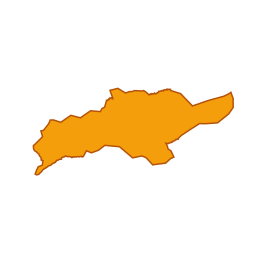 outline of Ixtamir, Arhangay, Mongolia, rotated 46°
{"feature_id": "93677404B6995675757319", "entity_name": "Ixtamir", "entity_type": "district", "adm_level": 2, "iso_a3": "MNG", "parent_name": "Mongolia", "parent_adm1": "Arhangay", "projection": "albers", "projection_center": [100.859, 47.539], "detail": "fine", "context": "isolated", "style": "filled", "palette": "amber", "viewbox_px": 256, "rotation_deg": 46, "n_neighbors": 0, "source": "geoboundaries", "source_scale": "gbopen_adm2", "svg_char_len": 4923}
<svg xmlns="http://www.w3.org/2000/svg" viewBox="0 0 256 256"><g transform="rotate(46 128 128)"><path d="M186.5,60.0L187.8,45.8L186.3,38.1L179.8,31.9L173.8,29.2L173.6,31.1L171.8,36.8L163.9,51.3L156.9,66.3L139.8,66.3L130.6,71.3L129.8,70.6L129.7,70.7L129.4,70.9L129.0,71.1L129.0,71.3L129.0,71.5L128.8,71.8L128.4,72.2L128.0,72.2L127.9,72.3L128.0,72.3L128.0,72.5L128.0,72.8L127.8,72.7L127.7,72.8L127.5,73.0L127.3,73.1L127.3,73.3L127.2,73.8L126.9,73.7L126.9,73.8L126.9,74.1L126.7,74.4L126.5,74.5L126.2,74.8L126.0,75.6L125.8,75.6L125.7,75.9L125.8,76.2L125.5,76.2L125.5,76.3L125.5,76.6L125.6,76.8L125.4,76.8L125.2,76.9L125.1,77.0L124.8,77.3L124.9,77.5L124.6,77.7L124.6,77.9L124.5,78.0L124.4,78.2L124.5,78.4L124.4,78.5L124.2,78.7L124.0,79.2L123.7,79.3L123.7,79.5L123.6,80.3L123.5,80.5L123.4,80.6L123.2,80.6L123.3,80.8L123.1,81.1L123.3,81.5L123.3,81.9L123.3,82.2L123.1,82.4L123.1,82.5L123.2,82.8L123.1,83.0L122.9,83.4L122.7,83.5L122.8,83.9L122.8,84.0L122.7,84.2L122.6,84.5L122.2,84.5L121.8,84.8L121.7,84.9L121.7,85.1L121.5,85.3L121.4,85.2L121.4,85.3L121.3,85.5L121.1,85.6L120.9,85.9L121.0,86.0L120.8,86.2L120.8,86.3L120.7,86.5L120.4,86.8L120.2,86.9L120.1,87.1L119.9,87.1L119.8,87.4L119.8,87.5L119.3,87.6L119.3,87.8L119.6,87.9L119.4,88.0L119.3,88.3L119.2,88.5L119.3,88.7L119.3,88.8L119.2,88.9L119.0,89.0L118.9,89.0L118.9,89.3L118.9,89.5L119.0,89.6L118.9,89.8L114.8,90.1L111.9,90.7L111.1,92.3L108.0,95.1L105.5,97.5L104.5,100.0L102.9,101.5L101.1,105.5L92.4,107.8L88.4,114.8L96.5,118.5L96.4,118.8L96.1,118.9L95.7,118.9L95.4,119.0L95.2,118.9L94.9,118.9L94.9,119.1L94.7,119.3L94.5,119.5L94.5,119.8L94.3,119.9L94.3,120.0L94.2,120.1L93.9,120.1L94.0,120.4L93.9,120.5L94.0,120.7L94.0,120.8L93.9,120.9L94.0,121.0L93.9,121.1L93.8,121.4L93.9,121.5L94.0,121.5L93.8,121.9L93.9,122.1L94.0,122.0L94.0,122.3L93.8,122.6L93.7,122.7L93.9,122.6L94.0,122.6L93.9,122.8L93.8,123.0L93.7,123.2L93.5,123.3L93.5,123.5L93.9,123.5L94.0,123.6L93.9,123.8L93.6,124.1L93.3,124.2L93.2,124.3L93.4,124.6L93.5,124.6L96.8,130.4L95.9,133.2L97.0,136.5L89.6,143.0L87.6,155.2L79.2,160.3L77.2,172.4L70.5,176.0L68.2,178.4L69.8,182.0L71.0,190.3L69.6,192.7L74.9,195.5L75.1,206.8L74.9,207.6L75.1,208.4L75.2,208.7L76.3,209.4L77.1,210.2L78.0,210.6L78.6,210.8L79.1,210.9L79.9,210.9L80.5,210.8L81.4,210.5L85.0,210.3L85.3,210.4L85.9,210.7L86.4,210.9L86.7,211.0L87.8,211.1L88.7,211.2L89.7,211.5L90.0,211.8L90.2,212.3L90.4,212.5L90.8,212.7L91.1,212.8L91.3,212.6L91.7,212.2L92.0,211.9L92.4,211.8L95.2,215.5L93.5,219.5L95.0,223.4L96.6,226.8L97.8,226.5L98.4,226.0L98.9,225.2L99.1,224.7L99.4,223.7L99.2,222.7L99.3,221.6L99.3,221.3L99.3,221.2L99.4,220.8L99.3,220.3L99.2,219.9L99.2,219.4L99.1,219.0L99.0,218.6L98.9,217.9L98.9,217.7L99.1,217.2L99.2,216.9L99.3,216.6L99.2,216.1L99.3,215.9L99.6,215.5L99.7,214.8L99.5,214.7L99.6,214.3L99.7,213.5L99.9,213.3L100.0,213.2L100.0,212.9L100.1,212.6L100.0,212.3L99.9,212.3L99.9,212.0L99.9,211.9L100.1,211.5L100.2,211.3L100.2,211.0L100.4,210.8L100.7,210.2L101.0,209.8L101.0,209.7L101.0,209.3L101.0,209.2L101.1,208.9L101.1,208.7L101.3,208.2L101.2,207.8L101.1,207.7L101.0,207.3L101.4,206.3L101.5,206.0L101.5,205.8L101.8,205.5L101.6,205.2L102.1,204.5L102.3,204.1L102.1,203.4L102.1,203.2L102.0,202.9L101.9,202.7L101.9,202.4L101.7,202.2L101.7,201.9L101.9,201.5L102.2,201.2L102.4,201.0L102.7,200.3L102.7,199.9L102.7,199.6L103.0,198.8L103.2,198.6L103.4,198.5L103.8,198.2L103.9,197.9L104.1,197.8L104.2,197.4L103.9,197.2L103.6,197.0L103.4,196.6L103.4,196.1L103.6,195.5L103.8,195.2L104.0,194.8L104.1,194.5L104.5,194.1L104.6,193.7L104.6,193.4L104.7,192.9L104.7,192.4L104.8,192.3L105.0,192.1L105.3,192.0L105.9,191.8L106.3,191.7L107.2,190.8L107.5,190.3L107.6,190.1L107.9,190.0L108.1,189.7L108.5,189.5L108.7,189.3L109.0,189.1L109.9,189.2L110.0,189.1L110.3,188.9L110.4,188.7L110.5,188.6L110.6,188.3L110.6,188.1L110.5,187.7L110.9,187.2L111.4,187.0L111.4,186.7L111.5,186.6L112.0,186.4L112.5,185.5L112.8,185.4L113.4,184.3L113.6,184.1L114.5,183.5L114.7,183.3L114.7,183.2L115.1,182.8L115.2,182.6L115.3,182.2L115.5,181.8L116.0,181.6L116.0,181.4L116.1,181.2L116.7,181.2L116.8,181.0L116.8,180.9L117.1,180.8L117.1,180.6L117.4,180.3L117.5,180.1L115.5,173.7L120.4,171.6L123.5,164.7L124.4,156.7L132.1,150.1L135.6,147.1L152.7,145.4L157.7,137.5L161.8,135.6L171.7,135.8L173.6,133.1L179.4,125.4L179.6,118.6L180.8,115.2L174.3,113.0L170.9,113.7L167.7,112.0L165.4,111.3L165.6,111.2L165.8,111.0L166.1,110.7L166.4,110.5L166.7,110.2L167.0,110.0L167.1,109.9L167.3,109.4L167.3,109.0L167.6,108.8L167.7,108.3L167.9,108.0L168.0,107.8L168.1,107.5L168.2,107.4L168.1,107.1L168.7,106.5L168.8,106.2L168.9,105.7L168.5,105.5L168.6,105.3L168.6,105.1L168.8,105.0L168.8,104.8L168.9,104.5L169.0,104.3L169.1,104.0L169.3,103.9L169.4,103.5L169.6,103.1L169.6,102.7L169.5,102.2L169.6,101.9L169.5,101.6L169.5,101.4L170.0,101.3L170.1,101.2L170.2,100.3L170.5,100.0L170.9,99.7L170.5,99.3L170.4,99.0L170.4,94.7L172.3,84.3L174.5,73.5L178.9,69.1L186.5,60.0Z" fill="#f59e0b" stroke="#b45309" stroke-width="1.5"/></g></svg>